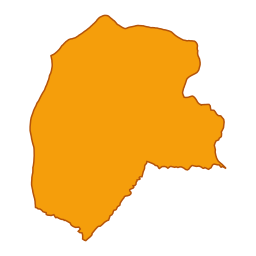 the district of Xienghone, Xaignabouri, Laos
{"feature_id": "54806243B61496088664088", "entity_name": "Xienghone", "entity_type": "district", "adm_level": 2, "iso_a3": "LAO", "parent_name": "Laos", "parent_adm1": "Xaignabouri", "projection": "mercator", "projection_center": [100.862, 19.697], "detail": "fine", "context": "isolated", "style": "filled", "palette": "amber", "viewbox_px": 256, "rotation_deg": 0, "n_neighbors": 0, "source": "geoboundaries", "source_scale": "gbopen_adm2", "svg_char_len": 5703}
<svg xmlns="http://www.w3.org/2000/svg" viewBox="0 0 256 256"><path d="M35.5,207.5L36.6,207.7L38.0,208.8L39.2,209.0L39.9,209.0L41.6,210.1L43.0,211.7L45.4,212.5L46.1,212.6L46.3,214.5L47.6,215.1L49.6,215.3L51.1,215.5L53.8,214.7L55.3,217.2L55.8,217.7L56.3,217.6L56.9,217.2L59.7,218.7L61.2,219.3L63.7,219.6L64.2,220.4L65.4,220.3L70.1,222.9L71.0,224.7L71.6,225.4L73.3,226.5L75.5,227.4L78.2,227.2L78.8,227.1L80.0,228.5L80.3,229.0L78.9,230.6L78.2,231.3L79.8,232.6L82.0,232.9L82.6,234.8L82.7,237.3L82.6,239.0L84.6,240.3L85.8,240.6L88.0,238.6L90.3,236.7L91.4,235.5L92.0,234.7L92.0,233.5L95.4,229.3L97.6,226.9L98.6,226.3L100.4,226.1L102.4,224.4L104.5,222.3L106.8,220.8L108.6,220.1L110.1,215.7L111.8,214.8L112.8,213.3L113.1,212.1L113.6,210.8L114.2,210.1L115.1,210.1L116.2,209.5L117.2,207.3L117.5,206.7L119.0,205.8L119.9,205.1L120.2,203.1L121.6,200.8L122.6,199.4L123.9,197.8L124.4,196.7L124.8,196.4L125.9,196.0L127.4,195.8L129.5,195.1L130.7,194.0L131.1,193.0L130.8,192.0L130.0,191.3L129.7,190.5L129.7,189.6L130.7,189.1L133.1,188.1L133.8,187.2L133.1,185.7L133.9,185.7L134.8,185.5L135.9,184.4L136.2,182.1L136.7,181.5L137.0,181.0L137.0,180.0L138.9,179.5L139.8,179.3L140.0,178.8L139.2,177.8L139.3,177.4L139.8,176.9L142.0,176.7L143.2,171.8L144.5,168.6L144.7,165.8L145.3,164.7L146.5,163.4L146.9,161.5L148.5,161.9L152.3,163.4L154.4,164.5L155.2,165.4L157.3,165.8L158.0,166.6L158.7,168.0L159.4,168.5L160.9,167.4L162.0,166.6L164.6,166.5L166.2,166.9L167.9,168.2L170.0,166.6L170.9,166.4L174.8,167.3L176.1,166.8L177.9,167.5L179.7,166.9L181.3,166.9L183.7,168.0L185.7,169.5L187.4,169.9L188.7,169.2L190.2,167.2L191.7,165.7L192.4,165.5L196.3,166.4L199.0,166.1L199.8,166.4L201.2,167.0L201.3,167.1L202.9,168.2L203.4,168.3L204.4,168.0L204.7,167.6L205.4,167.8L208.2,169.2L208.7,169.3L209.6,168.5L211.0,167.8L212.5,165.0L213.3,164.4L214.2,164.1L215.8,164.4L217.3,164.8L218.8,164.9L219.4,165.0L220.8,167.0L221.2,167.2L221.5,167.0L222.2,166.6L222.9,166.8L224.0,167.3L225.9,168.5L225.5,167.8L225.1,167.4L224.6,166.9L224.1,166.4L223.6,165.9L223.0,165.3L222.1,164.4L221.0,163.5L219.9,162.6L218.5,161.3L218.0,160.7L217.6,160.0L216.6,158.1L216.3,157.0L215.8,155.4L215.5,153.8L215.2,152.5L215.2,151.1L215.4,149.9L214.3,145.3L215.0,143.1L216.1,140.9L218.6,139.9L219.3,138.2L221.0,136.9L221.4,136.2L221.6,133.7L221.3,132.0L222.5,129.8L223.5,127.7L224.1,122.0L223.7,119.4L220.8,115.9L218.3,115.6L216.7,114.2L215.1,111.6L213.9,110.3L211.0,110.1L210.5,108.2L210.2,105.9L209.0,104.4L207.8,104.4L206.4,104.5L203.6,104.6L202.0,104.7L201.2,105.1L200.8,104.5L199.8,104.3L198.4,103.2L197.4,101.9L196.7,100.6L196.0,99.4L195.0,98.0L193.7,96.7L192.6,96.1L191.5,96.2L189.7,96.8L188.2,97.3L185.7,97.5L184.7,97.3L184.2,97.3L183.2,95.1L182.6,93.3L182.6,92.1L183.1,90.1L183.7,87.8L184.1,87.1L184.7,85.1L185.2,84.0L185.8,82.1L186.5,79.9L187.0,78.8L188.3,77.5L189.6,76.5L191.0,75.7L192.7,74.8L195.1,73.6L195.8,73.2L196.9,72.5L197.8,71.4L198.4,70.5L198.8,69.8L199.3,67.8L199.9,65.6L200.1,64.4L200.1,62.5L199.8,60.8L199.5,59.0L198.9,57.7L198.5,56.7L198.0,55.7L197.6,53.9L197.6,52.4L197.7,51.5L197.8,50.6L197.5,50.2L197.4,49.8L197.3,49.1L197.2,48.0L197.3,47.2L197.5,45.9L197.3,44.8L197.0,43.9L196.4,42.9L195.9,42.3L195.5,41.9L195.0,41.5L194.5,41.2L193.9,41.1L192.8,41.0L191.9,40.8L191.1,40.9L190.2,40.8L188.9,40.6L188.7,40.6L188.4,40.6L188.2,40.7L187.5,40.8L186.8,40.8L185.8,40.5L184.9,40.3L183.4,40.1L182.4,39.6L181.2,39.0L178.7,37.6L177.8,37.1L176.3,36.1L175.9,35.8L175.2,35.3L174.5,34.7L173.6,33.9L172.4,32.8L171.5,32.0L170.2,31.4L169.2,31.0L168.2,30.7L166.4,30.2L165.8,30.0L164.5,29.8L163.7,29.7L162.9,29.5L162.1,29.2L161.4,29.0L160.7,28.8L160.2,28.8L159.3,28.6L158.7,28.5L158.1,28.3L157.6,28.2L157.4,28.1L157.1,28.0L156.8,28.0L155.5,28.0L154.7,27.8L152.6,27.6L151.8,27.7L151.0,27.6L150.5,27.6L149.2,27.2L148.5,27.0L147.8,26.9L146.9,26.8L146.1,26.6L145.2,26.4L144.2,26.1L143.2,25.8L142.1,25.8L141.4,25.7L140.7,25.7L140.2,25.6L139.3,25.6L138.7,25.5L138.3,25.5L137.6,25.5L136.8,25.6L136.0,25.8L135.3,25.9L134.9,26.1L134.3,26.2L133.0,26.5L131.6,26.8L130.3,27.0L128.7,27.4L127.7,27.8L127.0,28.1L126.2,28.4L125.7,28.5L125.1,28.6L124.2,28.3L123.9,28.2L122.8,27.7L122.2,27.4L121.6,27.0L120.6,26.4L119.2,25.4L118.0,24.8L117.4,24.4L117.1,24.2L116.5,23.4L115.9,22.7L115.0,21.6L114.2,20.8L113.4,20.3L111.9,19.0L110.6,18.0L109.6,17.1L109.0,16.5L108.1,15.9L107.3,15.6L105.8,15.4L104.5,15.4L103.6,15.6L102.7,15.9L101.5,16.5L100.1,17.1L99.4,17.7L98.9,18.0L98.5,18.4L97.7,19.3L97.1,19.9L96.6,20.8L95.3,22.2L93.9,23.6L93.0,24.3L92.5,24.9L90.8,26.4L90.0,27.2L89.6,27.7L89.2,27.9L88.8,28.2L88.4,28.5L88.2,28.7L87.4,29.3L86.5,30.1L85.4,30.8L84.5,31.4L83.6,32.1L83.0,32.6L81.6,33.6L80.9,34.0L80.1,34.6L79.1,35.1L78.5,35.7L77.5,36.4L76.8,36.8L75.8,37.5L74.6,38.0L73.4,38.3L72.0,38.8L70.9,38.9L69.9,39.2L69.1,39.5L68.6,39.7L67.3,40.7L65.8,41.8L65.0,42.7L64.3,43.3L63.2,44.6L61.9,45.7L61.0,47.0L60.5,47.7L60.4,48.0L59.7,48.8L59.4,49.3L58.1,50.6L57.6,51.1L57.0,51.7L55.7,52.8L55.3,53.2L54.7,53.6L54.4,53.8L53.3,54.6L52.6,54.8L51.9,55.2L51.0,55.6L51.0,56.1L51.3,57.2L51.5,58.4L51.9,60.2L52.0,62.2L52.2,64.1L52.2,66.2L51.9,68.1L51.4,70.8L50.7,73.1L49.5,75.6L49.2,77.5L48.6,79.7L47.9,81.4L46.7,84.8L45.7,86.8L44.5,90.1L43.0,92.4L41.4,95.2L40.0,98.0L38.7,100.7L37.0,103.1L36.0,105.7L34.8,108.0L33.7,110.4L32.9,112.9L31.8,115.9L31.2,117.7L30.7,120.3L30.4,123.4L30.1,126.8L30.1,130.5L30.6,133.2L31.3,136.4L31.6,138.5L32.3,141.6L33.0,144.4L33.1,144.6L33.9,147.3L34.1,149.8L34.2,155.7L34.0,159.0L33.9,161.4L33.6,163.8L33.3,165.9L32.9,167.5L32.9,170.2L32.8,172.7L32.4,174.3L31.9,177.3L31.8,179.9L31.6,182.4L31.6,185.0L32.2,188.1L32.6,189.9L32.9,192.0L33.4,194.1L33.9,196.1L34.6,198.6L35.1,201.6L35.2,203.7L35.4,205.3L35.4,206.7L35.5,207.5Z" fill="#f59e0b" stroke="#b45309" stroke-width="1.5"/></svg>